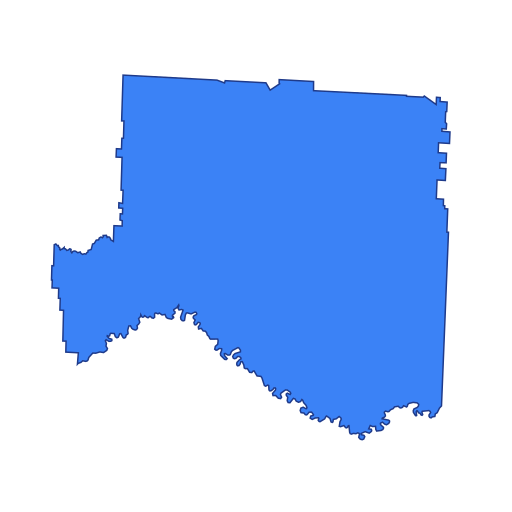 the district of Berrigan, New South Wales, Australia, rotated 354°
{"feature_id": "25037944B79892386490083", "entity_name": "Berrigan", "entity_type": "district", "adm_level": 2, "iso_a3": "AUS", "parent_name": "Australia", "parent_adm1": "New South Wales", "projection": "equal_earth", "projection_center": [145.601, -35.752], "detail": "fine", "context": "isolated", "style": "filled", "palette": "blue", "viewbox_px": 512, "rotation_deg": 354, "n_neighbors": 0, "source": "geoboundaries", "source_scale": "gbopen_adm2", "svg_char_len": 6089}
<svg xmlns="http://www.w3.org/2000/svg" viewBox="0 0 512 512"><g transform="rotate(354 256 256)"><path d="M142.7,62.2L136.5,107.6L138.8,107.9L136.5,125.0L134.9,124.9L133.4,135.5L128.4,134.7L127.2,143.0L133.1,143.9L128.7,176.4L130.7,176.7L128.8,189.8L125.2,188.7L124.5,193.9L128.4,194.6L127.6,200.2L125.4,199.8L124.5,206.0L126.7,206.9L126.0,212.2L117.9,211.0L115.7,226.6L113.1,224.6L113.1,223.4L112.2,221.9L110.6,221.5L109.9,222.0L109.4,219.8L106.1,219.6L106.1,220.8L105.2,221.8L103.8,220.9L102.0,221.7L101.2,223.5L98.8,223.5L96.5,226.6L94.7,227.0L92.8,232.3L89.6,232.9L89.2,234.6L88.1,235.0L87.0,236.3L85.4,235.8L83.8,236.3L82.1,235.0L81.6,233.6L79.1,234.1L77.1,232.4L75.6,232.0L74.2,232.4L73.2,233.6L72.3,232.0L72.8,230.3L72.4,229.7L71.3,229.4L70.3,230.3L68.4,230.7L67.3,229.0L65.9,228.6L66.1,227.4L63.8,229.0L62.8,228.9L62.2,229.7L61.4,229.1L61.6,227.2L60.7,226.5L60.5,224.9L59.6,225.0L58.2,223.1L56.5,223.7L53.7,244.6L52.0,244.3L50.1,258.5L50.9,258.6L49.8,266.4L56.4,267.4L55.1,277.4L56.9,277.7L55.3,289.3L58.9,289.9L55.0,320.4L58.2,320.8L56.8,331.7L69.2,333.7L67.1,344.9L67.9,344.2L70.8,343.5L72.7,342.1L75.7,343.0L77.4,342.6L78.1,341.8L79.1,339.4L83.5,335.5L86.5,335.9L90.7,335.1L94.3,336.1L97.7,334.3L98.6,332.5L97.4,330.0L98.1,327.3L97.3,324.5L98.2,323.6L100.8,325.5L102.7,325.6L103.8,325.1L103.9,323.7L101.3,322.6L99.6,320.3L99.8,319.7L100.9,320.4L102.1,320.1L102.8,318.2L103.5,317.7L106.9,318.3L107.7,321.6L109.1,322.8L110.6,322.3L112.3,319.1L113.5,319.0L115.1,323.0L115.7,323.7L116.8,323.8L117.8,323.2L118.8,320.8L120.0,320.5L120.7,319.6L120.6,316.5L122.2,312.3L123.9,312.3L124.8,314.8L126.0,316.0L128.1,317.0L129.5,316.7L130.6,315.3L130.4,312.7L132.1,311.5L133.5,309.7L132.7,306.0L134.9,304.1L135.3,302.4L136.1,304.5L136.8,305.0L137.9,304.9L138.9,303.7L141.5,305.9L142.4,306.1L143.8,305.0L144.8,305.1L145.7,306.5L147.4,307.2L148.8,306.3L149.0,303.3L149.6,302.3L150.5,302.2L152.5,303.3L153.9,302.6L156.4,304.8L159.4,304.6L160.4,307.8L161.9,308.9L165.5,310.0L167.7,308.7L167.5,307.7L167.0,307.7L167.2,308.6L166.6,307.8L166.7,306.2L169.5,304.3L169.6,302.9L168.5,301.8L168.6,300.7L171.9,299.1L174.0,296.6L174.1,297.4L173.0,299.7L173.8,301.6L176.5,301.4L177.8,302.2L174.6,309.0L174.7,311.1L175.9,312.6L177.4,312.9L178.2,312.5L179.6,307.2L180.8,305.4L181.9,305.4L185.4,306.8L189.5,305.4L190.6,305.8L191.1,307.1L190.7,308.0L188.0,308.9L187.1,310.2L187.2,311.3L188.8,313.3L187.3,315.8L187.7,317.8L188.7,318.2L189.6,317.9L191.5,315.9L193.1,316.4L193.5,317.3L193.2,318.2L191.2,320.5L191.3,322.6L194.1,322.3L195.6,325.0L197.8,325.5L198.9,327.2L199.3,329.5L200.7,331.0L201.4,333.2L202.0,333.9L209.2,334.6L209.5,336.2L208.7,339.8L206.1,341.6L205.2,344.4L206.4,345.5L207.7,345.4L209.7,344.2L212.1,344.6L212.1,345.8L210.4,349.4L210.5,351.2L214.0,355.5L215.5,355.9L216.6,355.1L214.3,351.7L214.3,349.8L215.2,349.7L217.6,351.6L219.2,351.7L220.1,351.4L221.5,348.6L223.0,347.4L228.5,345.2L229.3,345.6L230.7,348.0L230.5,349.7L225.0,350.8L223.3,352.0L222.3,353.6L222.8,355.3L223.7,355.9L225.3,355.7L227.3,354.0L229.1,354.3L230.4,355.9L230.3,356.8L228.8,357.4L226.0,359.8L225.5,361.4L225.7,362.7L226.2,363.3L227.6,363.2L228.7,362.1L229.9,359.5L231.3,359.6L232.5,363.1L232.6,366.1L233.6,366.9L235.7,367.1L237.5,371.0L239.6,371.5L241.0,370.2L242.1,370.1L244.5,375.4L248.3,376.2L249.2,378.0L250.8,385.7L252.0,386.5L254.2,385.6L255.1,386.1L254.9,390.5L255.4,391.5L256.7,391.7L258.8,390.6L260.1,389.1L261.5,389.3L261.7,390.0L261.3,391.4L258.1,394.4L258.3,396.6L261.0,396.8L263.3,399.8L265.6,400.4L266.7,399.1L265.8,396.3L266.5,395.0L271.3,392.3L273.1,392.6L275.9,395.1L276.2,396.4L275.5,397.3L272.8,395.7L271.6,396.5L271.6,397.8L272.8,399.8L271.9,403.2L272.6,405.1L274.4,405.5L278.3,401.5L279.9,402.3L280.8,404.5L283.0,405.9L285.1,405.4L286.6,403.5L287.3,404.2L288.1,406.9L290.2,409.8L290.8,412.1L290.3,413.1L289.5,413.0L287.1,411.3L284.7,412.0L283.8,414.3L284.4,416.5L287.3,417.2L288.3,418.8L289.3,419.3L290.2,419.1L292.5,416.9L295.0,417.1L296.6,419.9L296.2,420.5L293.7,420.9L292.9,422.9L294.8,424.4L298.0,423.3L301.2,423.4L301.5,423.9L300.7,426.0L301.4,427.1L302.3,427.5L307.2,425.2L308.9,422.8L309.5,422.5L312.6,425.3L313.3,428.9L314.5,429.5L315.2,429.0L315.8,426.6L318.8,426.3L321.9,424.3L323.4,425.8L323.8,427.1L322.2,429.6L321.0,434.1L322.2,434.6L325.7,433.8L327.1,436.0L327.8,436.4L328.9,436.1L330.1,434.4L330.7,434.4L330.7,441.2L331.1,442.5L332.3,443.1L334.3,442.6L336.8,443.2L338.7,442.5L340.0,443.2L340.3,443.8L339.2,447.1L340.2,448.7L341.2,449.4L342.5,449.8L344.0,449.3L345.3,447.0L344.6,445.6L342.1,444.7L342.0,443.5L346.2,442.1L350.1,444.0L352.3,442.6L352.8,441.9L352.6,440.4L350.0,439.7L351.9,436.5L354.1,437.8L357.1,437.9L357.0,441.0L357.7,442.7L362.1,442.6L363.9,441.9L364.7,440.9L364.9,439.7L362.6,437.2L362.1,436.0L362.4,435.2L364.5,434.5L366.3,436.6L368.1,437.5L370.5,436.4L371.5,434.9L371.5,433.8L370.7,433.1L364.4,431.1L364.7,430.4L366.9,429.7L368.0,428.6L367.9,427.2L367.2,425.4L367.4,424.6L368.6,423.8L370.9,424.7L372.1,424.5L373.7,423.0L376.5,422.1L378.0,420.5L381.7,420.3L383.1,421.9L384.2,422.3L385.9,421.8L387.1,420.3L390.0,421.9L390.8,421.2L391.4,419.5L392.7,418.6L397.0,418.0L400.9,418.9L402.3,420.5L401.8,422.3L400.4,423.5L397.1,424.6L396.2,426.3L396.2,428.0L397.8,431.2L398.4,431.7L399.1,431.4L399.0,427.7L399.8,426.7L400.3,426.9L401.3,429.0L402.6,429.5L403.6,431.4L404.5,431.8L405.2,431.2L404.7,428.6L405.1,427.8L411.8,427.8L413.0,428.8L413.3,430.0L411.5,432.1L411.3,433.4L411.9,434.7L413.2,435.3L414.6,434.4L417.1,434.3L417.8,431.8L419.8,430.8L422.6,426.4L424.8,424.5L449.9,252.5L448.3,252.2L451.6,229.2L448.6,228.7L449.0,225.8L447.6,225.5L448.4,219.1L441.3,217.9L444.0,199.3L452.2,200.7L454.0,189.0L447.9,187.9L448.8,182.4L454.8,183.2L456.2,173.7L448.0,172.3L449.4,162.5L460.2,164.3L461.9,152.9L453.9,151.4L454.2,148.8L458.5,149.6L459.4,144.4L458.2,142.8L459.7,132.4L460.8,132.3L462.2,122.9L455.2,121.6L455.8,117.7L452.1,117.0L451.0,124.2L440.1,114.5L438.9,115.5L422.4,112.9L422.5,112.0L330.5,97.6L331.5,88.5L297.5,83.0L297.1,86.2L297.5,87.2L287.4,92.5L284.0,84.8L243.7,78.4L242.8,80.6L235.6,77.0L142.7,62.2Z" fill="#3b82f6" stroke="#1e3a8a" stroke-width="1.5"/></g></svg>